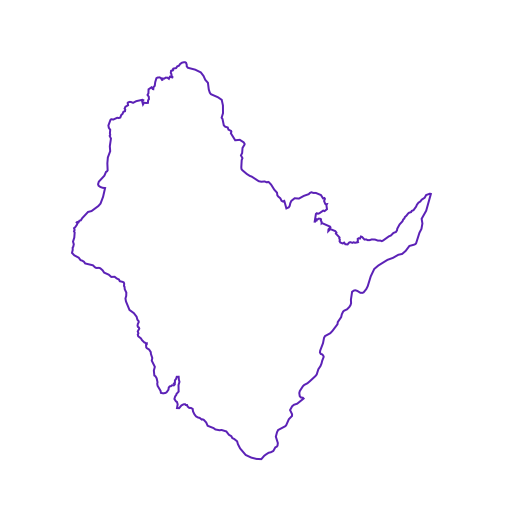 Montufar, Carchi, Ecuador, rotated 352°
{"feature_id": "8360857B57734122630891", "entity_name": "Montufar", "entity_type": "district", "adm_level": 2, "iso_a3": "ECU", "parent_name": "Ecuador", "parent_adm1": "Carchi", "projection": "orthographic", "projection_center": [-77.805, 0.568], "detail": "fine", "context": "isolated", "style": "outline", "palette": "violet", "viewbox_px": 512, "rotation_deg": 352, "n_neighbors": 0, "source": "geoboundaries", "source_scale": "gbopen_adm2", "svg_char_len": 6057}
<svg xmlns="http://www.w3.org/2000/svg" viewBox="0 0 512 512"><g transform="rotate(352 256 256)"><path d="M233.0,457.9L236.3,455.0L238.3,453.9L241.1,452.6L243.4,452.4L246.0,451.5L248.5,448.2L250.0,447.7L250.9,446.8L251.6,444.3L250.5,437.7L252.3,433.4L253.7,431.4L261.4,428.6L262.4,427.7L265.8,422.2L269.4,419.4L269.7,417.7L268.3,413.3L270.9,409.8L272.9,408.6L276.2,408.0L283.3,403.8L282.7,402.9L280.7,402.3L279.8,400.8L279.8,397.7L280.6,395.8L284.3,391.5L285.8,390.4L289.2,389.2L291.9,387.5L298.1,383.2L299.6,381.8L302.0,376.8L304.5,374.0L305.9,371.6L307.0,368.9L309.0,365.3L308.7,363.9L307.8,362.6L306.5,362.0L305.9,360.4L306.4,358.6L310.2,351.7L312.0,346.5L313.2,344.9L318.8,342.8L321.3,340.8L327.2,334.9L327.8,332.8L331.8,328.4L332.9,325.6L334.6,323.1L335.7,322.4L338.7,321.5L341.3,319.5L342.8,317.7L343.6,315.9L343.9,312.5L346.2,304.8L348.3,303.8L349.7,303.8L351.5,304.7L354.3,307.0L356.3,307.3L357.5,307.0L360.6,304.1L362.4,301.5L366.8,292.1L371.3,285.3L375.9,282.4L385.7,278.1L391.4,276.9L397.1,274.6L401.0,274.3L404.9,271.8L409.3,267.4L414.0,266.8L415.5,266.4L416.3,265.7L421.1,255.7L423.6,252.2L425.3,247.0L425.2,242.2L430.8,234.9L437.8,218.9L436.9,218.5L433.0,219.3L431.1,221.8L427.9,223.3L426.3,224.9L424.3,225.8L422.5,227.6L421.4,229.4L418.3,232.6L416.5,233.0L415.7,234.1L413.4,234.5L412.3,235.3L410.6,237.0L408.8,238.2L408.1,239.5L406.8,240.4L405.9,242.0L402.6,244.7L399.7,248.6L399.2,250.2L397.9,251.7L395.3,252.3L392.4,254.5L390.4,255.0L383.9,258.4L382.6,258.8L381.4,258.1L378.8,257.7L376.2,256.3L373.0,255.7L370.7,256.1L368.7,255.8L367.4,254.9L365.7,254.8L363.7,251.9L362.6,251.3L361.4,253.2L360.1,252.7L359.1,253.2L359.0,255.2L358.6,255.6L358.9,256.5L358.5,256.6L355.9,256.7L354.6,256.0L353.4,256.4L351.2,255.4L350.0,255.7L348.3,257.3L346.1,256.8L345.1,255.0L343.7,255.7L341.4,254.4L340.8,253.0L341.3,251.6L340.9,250.2L341.3,249.3L338.2,244.9L338.9,244.0L338.0,242.4L333.4,239.7L331.1,241.4L331.5,239.7L333.7,237.9L333.4,237.2L325.8,232.5L325.5,232.7L325.7,231.0L325.1,230.0L325.5,228.7L324.8,228.1L323.3,227.7L322.0,228.4L320.9,227.9L320.8,229.3L320.2,229.3L319.4,230.2L318.9,230.1L321.2,222.7L322.2,222.1L323.2,222.8L324.7,222.5L328.9,220.4L330.1,221.1L332.8,219.5L332.8,215.4L333.4,214.5L332.3,214.5L331.8,214.0L331.1,211.0L332.2,209.0L331.8,208.1L330.4,208.3L328.8,204.7L324.1,201.9L321.5,201.5L319.7,200.6L318.1,201.1L316.8,202.1L311.8,203.1L306.5,205.1L302.3,204.2L298.6,206.4L297.3,208.5L296.3,211.1L295.2,212.4L292.7,213.1L291.7,205.5L291.6,205.3L290.4,205.9L289.0,204.9L288.1,202.2L286.3,200.2L285.6,198.9L285.6,196.2L283.3,192.8L280.9,187.4L278.9,184.6L278.3,184.3L277.1,184.6L274.9,183.4L271.6,183.2L269.1,182.3L262.7,176.7L261.1,175.9L258.3,173.5L254.3,169.0L253.7,167.8L253.8,166.0L255.2,159.0L256.2,157.2L255.1,154.3L256.6,152.1L257.7,147.1L260.2,144.0L260.3,143.3L259.6,141.7L256.1,138.7L251.5,138.5L248.2,131.0L248.9,129.5L248.7,128.7L246.3,127.0L245.9,124.8L243.5,123.7L242.3,122.1L241.9,115.6L241.2,114.3L243.2,110.0L244.2,102.3L243.8,96.6L240.4,93.5L233.9,89.5L233.0,87.9L232.4,84.5L232.5,77.8L230.3,74.5L229.1,70.4L226.9,66.5L221.7,63.0L214.7,60.1L213.8,58.5L214.0,56.9L213.6,54.9L212.7,54.2L211.2,54.1L209.5,54.3L207.6,55.3L206.1,56.9L204.5,57.2L203.0,58.8L200.3,58.9L199.6,59.6L199.8,60.3L199.4,60.7L197.7,60.8L197.1,62.8L197.6,64.3L197.3,65.5L198.2,67.1L198.0,67.5L195.6,66.5L194.4,68.4L193.1,67.1L191.4,66.8L189.8,67.6L188.2,67.2L187.9,68.5L187.5,68.6L186.5,66.5L185.4,65.7L183.3,65.6L182.1,66.1L180.4,69.8L179.4,73.4L178.0,74.5L177.5,76.5L177.0,76.3L176.0,74.4L172.8,76.0L172.1,79.9L171.0,81.4L172.0,83.3L171.8,85.8L170.8,86.8L170.3,89.3L168.4,89.2L166.5,88.6L165.2,90.2L164.8,87.2L166.0,86.0L165.3,85.5L159.0,86.0L155.6,87.2L153.6,86.1L152.3,85.8L150.8,86.1L150.2,86.6L150.3,88.9L147.5,90.0L146.4,91.8L146.9,92.7L146.4,94.4L144.8,94.7L143.6,96.7L142.2,97.6L140.9,100.0L139.3,100.3L137.8,99.8L133.7,101.0L131.7,100.4L130.8,101.0L128.0,106.2L128.1,108.6L129.2,110.7L128.4,114.2L128.5,115.8L127.8,116.7L128.7,119.5L126.5,127.0L126.2,131.9L123.0,137.8L121.7,143.5L121.0,150.5L120.3,151.4L119.2,151.8L117.0,155.4L110.7,160.5L109.6,162.9L109.9,164.5L111.5,166.0L113.6,167.1L116.0,167.7L112.8,176.1L109.3,182.5L106.8,184.6L99.4,188.6L95.8,189.0L89.2,194.3L87.5,196.3L86.0,196.5L84.9,198.0L83.8,197.4L83.1,197.8L83.7,198.7L83.2,199.9L80.9,202.4L79.7,203.1L80.0,205.0L79.2,206.2L79.7,207.5L78.6,212.5L76.8,216.3L77.2,219.0L76.3,221.4L75.6,222.2L75.3,224.6L74.2,227.3L76.1,230.0L80.2,233.0L81.7,235.7L83.2,236.4L84.8,237.7L85.8,239.6L93.2,242.5L95.0,244.8L96.1,245.6L98.9,245.9L100.1,246.5L102.1,248.8L103.3,251.3L107.6,254.0L109.8,256.6L113.1,256.9L115.0,258.9L117.0,260.2L117.6,262.0L120.4,263.1L121.4,263.8L121.6,265.2L121.1,267.3L121.5,268.2L121.4,270.6L122.5,274.2L121.9,277.5L120.8,279.9L120.9,282.8L123.2,291.8L127.1,295.6L129.3,299.5L129.7,302.6L130.7,304.2L130.7,305.1L129.5,306.9L129.0,308.5L129.2,309.8L130.1,310.5L130.3,311.7L128.4,314.2L128.8,316.2L128.0,317.3L128.2,319.1L130.6,321.6L131.4,323.5L133.5,326.2L134.5,326.6L134.8,327.3L135.7,327.3L135.5,328.3L134.7,328.9L134.6,331.3L135.1,332.1L137.1,333.7L138.4,336.5L138.3,338.3L139.1,342.6L138.2,345.1L140.4,351.7L138.9,355.2L138.7,360.2L139.7,361.1L140.6,363.3L140.9,367.3L140.4,368.8L140.5,370.9L142.7,376.2L142.8,378.3L145.0,379.1L147.4,379.0L148.6,378.4L150.7,376.2L151.3,374.1L152.4,373.1L153.6,373.1L154.9,372.3L156.6,372.7L157.7,371.9L157.8,371.4L157.1,370.8L158.1,370.0L158.4,367.9L159.8,366.5L160.7,364.6L162.6,364.8L162.4,367.6L162.7,370.0L161.3,373.0L160.5,379.5L158.1,381.5L157.7,382.5L156.4,383.8L155.3,386.2L156.5,388.8L157.4,389.5L157.8,391.9L156.6,395.6L158.7,396.0L161.3,393.6L163.6,392.8L165.1,392.9L165.7,393.8L167.0,394.0L167.3,395.5L168.8,397.2L170.4,397.4L172.0,398.6L172.0,401.1L173.0,404.2L174.3,406.5L176.3,408.0L177.6,408.4L179.6,410.5L180.4,410.3L181.5,411.0L183.5,413.9L184.5,417.4L190.0,420.5L191.6,422.1L195.7,423.5L197.7,423.5L202.2,425.6L204.3,429.3L206.5,431.0L207.2,433.0L209.0,434.2L211.5,436.9L211.9,439.8L213.5,444.4L218.1,451.6L223.3,455.0L228.2,457.0L233.0,457.9Z" fill="none" stroke="#5b21b6" stroke-width="2"/></g></svg>